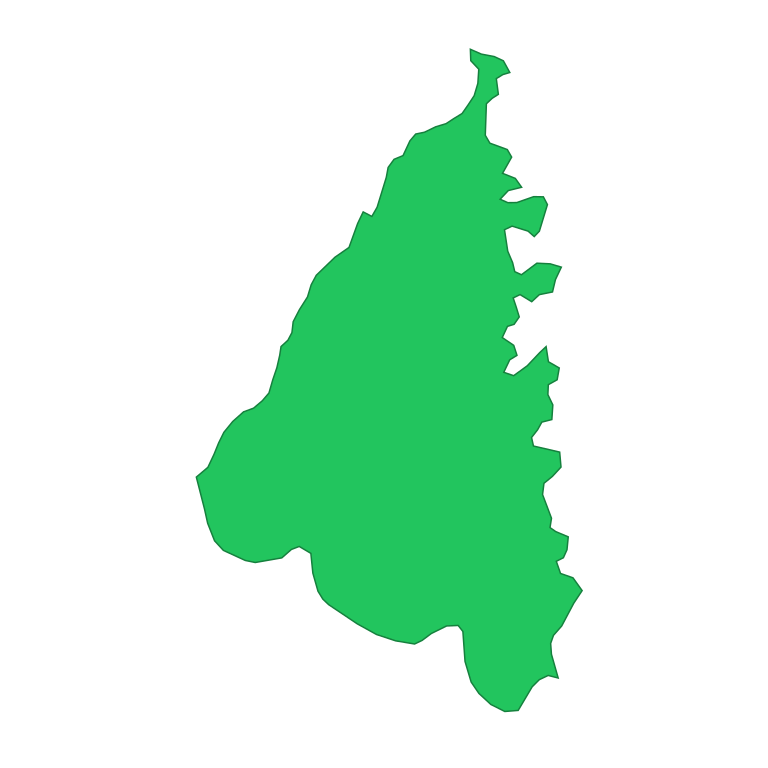 outline of Porto Vitória, Paraná, Brazil, rotated 178°
{"feature_id": "56859067B38089005339285", "entity_name": "Porto Vitória", "entity_type": "district", "adm_level": 2, "iso_a3": "BRA", "parent_name": "Brazil", "parent_adm1": "Paraná", "projection": "equal_earth", "projection_center": [-51.239, -26.241], "detail": "fine", "context": "isolated", "style": "filled", "palette": "green", "viewbox_px": 768, "rotation_deg": 178, "n_neighbors": 0, "source": "geoboundaries", "source_scale": "gbopen_adm2", "svg_char_len": 2130}
<svg xmlns="http://www.w3.org/2000/svg" viewBox="0 0 768 768"><g transform="rotate(178 384 384)"><path d="M208.3,393.9L218.9,400.5L220.7,415.7L227.2,410.0L240.2,397.2L254.1,387.8L263.9,391.5L257.5,403.8L250.1,408.0L253.0,418.1L264.2,426.3L258.6,437.3L251.9,439.1L246.5,446.3L249.1,456.0L251.9,465.5L244.9,468.6L233.5,461.1L225.6,467.9L212.4,470.1L209.0,482.4L202.7,494.6L213.7,498.3L227.0,499.4L242.8,488.4L249.4,491.7L251.2,500.7L255.7,512.4L258.2,534.0L250.5,537.3L234.8,531.8L228.7,526.1L223.4,531.3L214.4,557.6L218.2,565.5L227.9,566.0L244.9,560.7L253.9,560.9L261.5,564.6L253.0,573.0L239.6,575.8L245.6,584.9L258.2,590.4L248.5,606.3L252.6,614.0L269.8,621.0L274.1,629.0L271.9,660.5L266.0,665.7L259.6,669.5L261.1,685.3L254.4,689.1L247.4,690.9L253.4,702.8L262.4,707.4L275.2,710.3L286.0,715.5L286.0,704.1L278.3,695.3L279.7,681.2L283.8,669.0L290.2,660.0L296.5,651.6L305.0,646.8L312.9,642.0L323.2,639.3L334.8,634.2L343.6,632.7L349.6,626.1L357.0,611.6L366.1,608.2L372.3,600.3L374.5,590.4L378.4,579.1L384.7,560.9L390.3,551.9L398.8,556.7L404.7,545.4L414.2,521.7L428.6,512.4L447.9,495.0L453.3,485.7L457.4,473.7L465.9,461.3L472.6,449.4L474.2,438.6L478.5,431.1L485.6,425.0L487.2,416.4L490.5,404.0L495.0,392.1L499.3,379.0L506.3,371.4L515.2,364.4L525.3,361.1L536.5,351.8L545.7,341.3L551.3,330.9L556.3,319.7L562.9,306.9L574.8,297.5L567.8,265.6L565.1,251.0L558.8,233.2L550.3,223.3L528.8,212.5L518.9,210.1L492.2,213.8L482.3,221.9L474.4,224.6L463.0,217.3L461.7,197.5L457.2,179.2L452.6,171.1L447.0,165.4L419.2,145.3L400.2,133.9L381.3,126.9L362.5,123.1L354.9,126.4L345.4,133.0L329.9,140.0L318.3,140.1L313.8,133.9L312.7,103.9L307.3,83.1L299.9,71.4L288.4,60.0L274.7,52.5L261.3,53.1L246.5,76.2L239.1,83.1L230.1,87.0L220.2,84.1L226.1,108.1L226.5,118.9L223.4,126.9L214.9,135.9L202.0,158.3L193.2,170.6L201.9,183.7L214.2,188.5L218.0,200.8L210.8,204.1L206.9,212.0L205.2,224.8L217.5,230.5L223.1,234.7L221.3,244.0L229.4,268.0L227.6,279.2L218.9,285.8L210.0,294.8L210.8,309.8L236.8,316.8L238.4,325.4L232.1,332.9L227.6,340.4L217.5,342.6L216.0,357.2L220.6,367.7L219.8,377.6L210.8,382.2L208.3,393.9Z" fill="#22c55e" stroke="#15803d" stroke-width="1.5"/></g></svg>